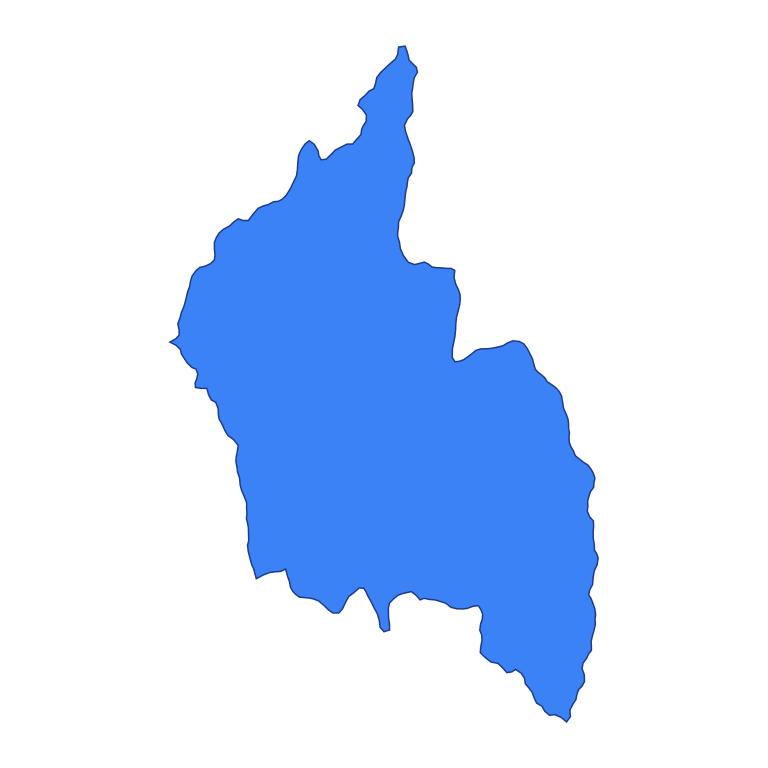 Santo Antônio do Retiro, Minas Gerais, Brazil
{"feature_id": "56859067B81000561120101", "entity_name": "Santo Antônio do Retiro", "entity_type": "district", "adm_level": 2, "iso_a3": "BRA", "parent_name": "Brazil", "parent_adm1": "Minas Gerais", "projection": "mercator", "projection_center": [-42.654, -15.266], "detail": "fine", "context": "isolated", "style": "filled", "palette": "blue", "viewbox_px": 768, "rotation_deg": 0, "n_neighbors": 0, "source": "geoboundaries", "source_scale": "gbopen_adm2", "svg_char_len": 4548}
<svg xmlns="http://www.w3.org/2000/svg" viewBox="0 0 768 768"><path d="M223.6,229.2L219.2,232.9L216.4,237.5L214.4,242.3L214.4,249.2L215.0,255.0L214.4,259.9L210.8,263.5L205.5,266.1L199.9,267.4L196.2,270.4L192.0,276.2L190.4,281.5L189.7,286.2L187.6,292.0L186.0,298.7L184.8,303.7L183.5,307.6L181.5,312.2L180.1,317.6L177.8,323.9L179.1,329.8L179.1,335.2L175.6,338.9L169.9,342.1L176.3,345.4L180.4,349.5L181.5,354.1L183.8,357.7L187.1,362.8L191.9,367.5L196.1,369.1L197.8,374.1L196.8,378.7L195.1,383.1L195.5,387.5L201.3,388.4L206.9,388.4L208.6,394.8L211.3,399.9L215.8,402.4L218.2,408.8L218.4,415.1L219.2,419.2L222.2,424.5L224.9,430.5L227.9,435.5L233.7,439.7L238.2,445.5L237.2,452.1L236.2,457.1L235.9,461.5L237.0,467.1L237.5,471.9L239.6,478.1L240.2,485.2L241.6,490.3L244.1,496.2L246.7,502.8L246.6,508.0L247.0,513.8L246.4,518.7L247.5,523.0L248.4,527.9L248.5,533.2L248.8,540.5L247.5,545.3L248.3,551.6L249.9,558.0L251.7,564.5L253.5,568.6L254.9,573.4L256.3,578.7L263.6,574.8L269.2,572.7L274.5,571.8L280.7,571.4L285.6,569.0L287.6,576.4L289.4,581.4L290.5,587.2L292.6,591.1L295.6,594.3L299.4,597.1L304.7,597.6L309.3,598.0L313.3,598.9L318.4,600.8L324.0,605.4L328.6,610.0L332.9,613.0L338.8,613.0L342.5,608.8L346.0,601.4L348.8,596.4L353.8,592.7L359.3,587.9L363.9,588.3L366.1,592.0L368.0,596.2L371.1,601.7L374.2,608.0L377.2,613.5L379.3,620.5L380.2,627.5L384.0,631.7L389.5,630.0L389.5,624.0L388.6,618.3L388.4,613.3L388.4,607.9L389.5,603.0L393.7,598.7L398.1,595.2L402.1,593.7L406.4,592.7L411.3,591.6L416.4,595.5L420.1,599.9L424.1,598.3L429.2,599.4L435.1,599.9L440.5,601.5L445.6,603.1L451.0,607.3L456.9,608.8L462.9,608.9L467.1,608.4L472.7,606.4L478.3,605.6L480.7,609.3L482.7,614.1L482.2,619.5L480.6,623.9L479.8,630.2L481.8,635.1L482.0,640.4L480.7,647.1L480.3,652.6L483.4,655.8L487.1,659.0L490.9,662.0L498.0,663.4L503.1,668.3L506.8,672.6L511.8,671.9L515.5,669.4L521.1,673.1L524.6,678.4L525.3,683.7L528.8,687.8L532.2,692.4L534.3,698.2L536.6,703.1L541.9,706.2L544.8,711.3L549.5,715.2L555.0,714.7L561.0,717.3L566.6,721.9L570.4,716.6L569.9,710.2L572.7,704.4L575.9,699.6L577.2,693.3L578.9,689.2L581.9,686.4L584.5,681.5L584.3,674.9L582.1,668.7L583.0,663.2L586.6,658.3L588.4,654.2L591.4,650.3L591.4,645.9L591.1,641.5L592.4,636.0L593.9,630.7L595.4,624.5L595.0,619.2L595.6,614.8L594.8,608.8L593.0,603.6L591.1,598.7L588.7,595.0L589.7,590.0L592.5,584.7L593.2,577.3L594.3,570.8L597.2,564.5L598.1,558.0L596.8,553.9L594.5,550.1L594.3,544.7L593.2,537.9L593.2,532.2L593.6,526.5L593.4,521.0L589.7,516.9L587.2,511.0L587.9,506.5L587.6,501.3L588.7,497.0L590.4,491.7L593.6,487.4L593.9,483.1L594.9,478.3L593.5,473.7L591.4,469.8L588.1,465.2L583.2,462.1L578.8,458.6L575.4,455.8L573.2,450.5L570.6,446.1L569.3,442.2L569.0,437.3L569.4,433.0L568.6,428.6L568.6,424.1L568.1,419.8L566.6,415.1L563.6,408.4L562.5,401.6L561.5,396.0L559.4,391.9L556.4,388.2L551.7,384.7L547.3,381.8L544.6,377.6L541.5,374.9L538.1,372.3L535.3,369.3L533.9,364.5L532.6,359.2L530.2,354.3L527.1,348.3L523.7,343.8L519.3,341.5L512.9,340.8L507.4,343.0L502.9,345.8L496.2,347.4L491.1,348.4L486.3,348.8L480.7,348.9L475.8,350.5L470.0,355.2L463.9,359.6L459.8,361.2L455.1,361.8L452.3,357.6L452.4,348.8L453.8,342.1L454.9,336.6L455.6,329.7L455.8,323.8L456.5,317.3L458.1,311.1L459.6,305.1L460.2,300.0L460.1,294.7L458.3,289.4L455.8,284.4L454.0,277.5L454.8,270.4L451.1,268.4L446.3,268.4L441.8,267.9L436.5,267.7L431.9,267.0L428.6,264.2L424.3,262.1L419.2,263.5L414.6,264.6L408.3,262.3L403.5,255.7L400.4,248.8L399.4,241.9L397.7,236.4L397.7,232.2L398.4,227.4L398.6,221.9L401.3,215.7L403.2,210.4L404.4,204.6L405.1,196.8L405.9,190.9L407.0,186.7L407.4,182.4L408.2,178.0L411.5,173.2L411.9,167.6L414.3,163.0L414.1,157.9L412.6,151.8L410.3,144.7L407.9,138.5L405.7,132.0L404.4,125.3L407.5,118.9L410.5,115.5L412.8,111.7L412.6,104.4L412.1,99.1L411.7,93.6L412.6,88.1L413.2,83.5L414.1,78.0L417.4,72.2L416.3,67.2L412.6,63.7L409.0,60.0L408.2,55.7L407.0,51.4L405.1,46.1L398.6,47.0L397.7,54.5L395.3,59.2L389.2,64.4L384.6,68.8L380.6,72.5L376.8,77.5L375.5,83.5L373.9,88.6L369.1,91.1L365.0,95.5L360.2,99.6L358.0,105.5L362.4,109.3L366.4,114.9L366.2,121.5L363.5,125.3L361.7,129.2L360.9,134.6L356.4,139.6L352.7,144.1L347.1,144.1L341.8,146.7L335.3,150.1L331.3,154.3L326.2,159.2L321.2,159.8L318.9,155.9L318.1,150.9L314.3,144.4L309.2,140.7L305.2,143.8L302.2,148.1L300.0,152.2L298.5,156.1L297.8,163.0L297.4,169.8L296.5,175.8L293.8,181.4L290.7,188.1L286.3,195.2L282.3,199.1L278.7,201.2L273.4,201.8L268.3,204.6L263.7,205.8L258.1,208.3L253.0,214.3L248.3,220.5L243.0,220.5L238.2,218.8L233.9,221.9L229.5,226.0L223.6,229.2Z" fill="#3b82f6" stroke="#1e3a8a" stroke-width="1.5"/></svg>